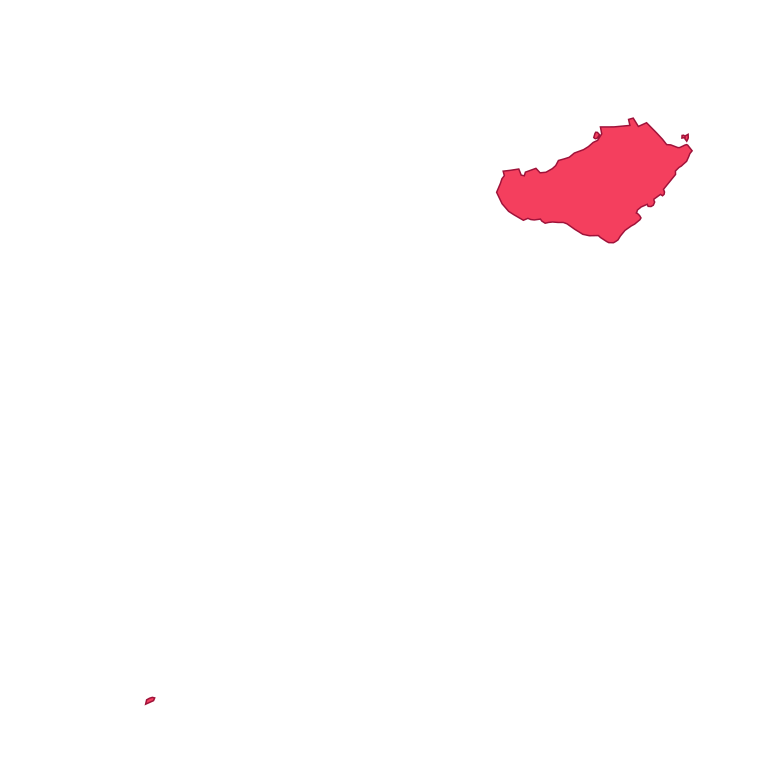 Eot, Federated States of Micronesia, rotated 227°
{"feature_id": "79324940B48134733114422", "entity_name": "Eot", "entity_type": "district", "adm_level": 2, "iso_a3": "FSM", "parent_name": "Federated States of Micronesia", "parent_adm1": "", "projection": "orthographic", "projection_center": [151.739, 7.401], "detail": "fine", "context": "isolated", "style": "filled", "palette": "rose", "viewbox_px": 768, "rotation_deg": 227, "n_neighbors": 0, "source": "geoboundaries", "source_scale": "gbopen_adm2", "svg_char_len": 1725}
<svg xmlns="http://www.w3.org/2000/svg" viewBox="0 0 768 768"><g transform="rotate(227 384 384)"><path d="M333.8,698.3L331.7,700.3L331.1,702.9L331.6,704.1L332.5,706.1L334.0,706.5L335.1,707.5L334.1,715.5L331.7,716.1L331.7,718.2L333.1,720.1L335.8,721.2L338.4,740.1L341.0,742.4L341.2,747.5L340.6,750.2L340.6,752.6L340.5,757.2L342.5,762.0L343.9,764.8L344.4,768.4L351.6,769.0L352.7,768.6L353.7,766.6L354.0,765.4L354.6,763.6L355.2,761.6L356.4,760.2L363.3,756.8L366.3,754.0L373.1,754.6L381.6,754.6L396.0,754.2L398.9,745.7L408.5,747.6L410.7,743.3L405.4,740.2L415.3,727.4L424.4,717.6L418.4,713.8L416.5,706.3L418.0,701.8L418.2,695.4L419.3,689.8L423.1,680.7L423.5,674.1L425.7,669.4L428.5,664.0L426.6,658.5L426.7,654.0L428.4,646.9L432.0,642.2L438.1,642.2L442.5,631.9L440.6,628.6L443.2,626.8L449.3,629.2L454.2,622.0L458.4,616.3L454.3,614.1L453.7,610.3L451.2,605.7L447.4,597.1L435.3,593.3L425.3,592.9L419.3,594.4L408.7,597.6L407.0,602.2L404.2,603.5L401.5,605.8L397.9,610.9L395.7,610.5L391.7,611.5L389.9,614.6L387.5,617.8L383.3,621.6L379.9,625.3L376.3,627.1L367.1,629.0L357.9,631.5L352.4,635.3L346.4,642.0L343.6,642.2L336.3,644.0L334.1,644.8L330.8,648.2L330.2,650.7L329.8,653.4L331.0,657.7L332.0,665.0L331.0,672.5L330.0,676.4L329.6,683.2L330.2,685.2L332.8,685.8L335.8,685.7L337.0,685.2L337.6,686.7L338.4,688.0L338.1,692.8L335.9,699.1L333.8,698.3ZM314.9,-5.0L312.4,-8.7L309.6,-0.5L310.8,2.2L312.8,0.9L314.1,-1.8L314.9,-5.0ZM419.0,706.1L418.4,707.8L419.0,710.3L419.3,711.6L422.4,711.7L423.7,710.6L423.3,709.1L421.2,705.5L419.9,705.6L419.0,706.1ZM358.1,771.3L355.1,771.0L356.0,773.4L356.5,774.4L359.2,776.7L360.1,773.1L361.6,772.8L362.5,771.5L360.7,769.6L358.9,772.2L358.1,771.3Z" fill="#f43f5e" stroke="#9f1239" stroke-width="1.5"/></g></svg>